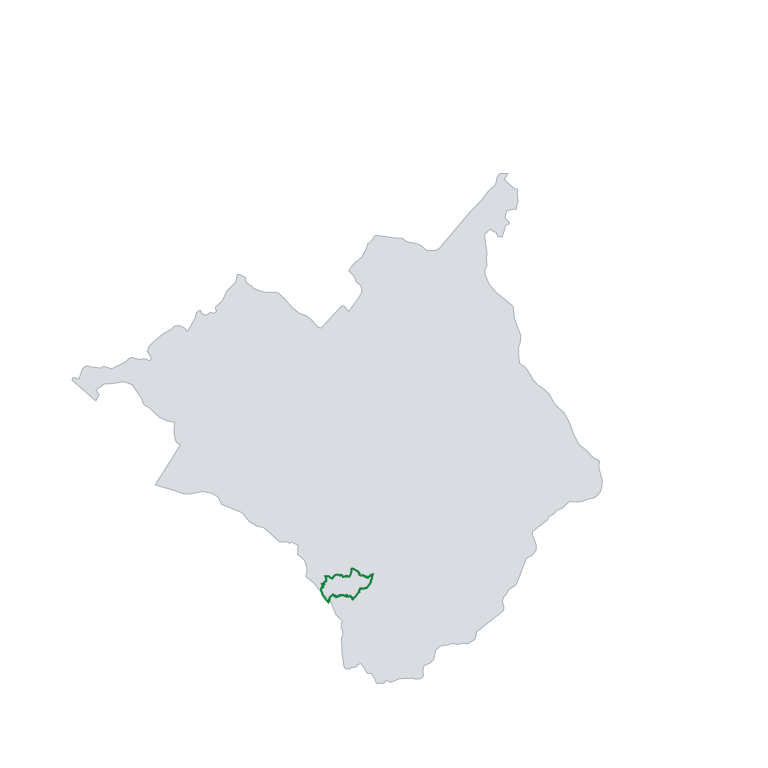 Lubero, Nord-Kivu, Democratic Republic of the Congo shown in context, rotated 131°
{"feature_id": "63176286B45916106821058", "entity_name": "Lubero", "entity_type": "district", "adm_level": 2, "iso_a3": "COD", "parent_name": "Democratic Republic of the Congo", "parent_adm1": "Nord-Kivu", "projection": "orthographic", "projection_center": [28.988, -0.062], "detail": "fine", "context": "in_parent", "style": "outline", "palette": "green", "viewbox_px": 768, "rotation_deg": 131, "n_neighbors": 0, "source": "geoboundaries", "source_scale": "gbopen_adm2", "svg_char_len": 8832}
<svg xmlns="http://www.w3.org/2000/svg" viewBox="0 0 768 768"><g transform="rotate(131 384 384)"><path d="M610.3,490.4L563.3,497.8L564.2,500.5L563.8,503.3L562.6,505.4L557.8,511.2L550.7,516.6L550.7,517.8L554.3,523.8L556.5,531.9L556.0,546.2L557.0,550.0L556.8,553.0L554.4,556.4L549.7,573.5L552.9,581.8L562.1,589.5L567.5,595.2L576.6,597.3L578.0,597.0L578.6,592.2L585.8,590.4L585.7,620.7L585.2,622.5L583.9,622.8L582.1,621.9L581.6,619.0L579.7,617.7L570.9,621.5L568.7,621.4L566.2,620.7L564.4,619.2L563.9,616.9L557.7,608.1L554.7,607.4L551.2,599.5L537.3,593.6L531.9,593.2L529.1,591.4L526.4,585.1L521.7,581.1L520.6,576.6L519.7,575.9L516.8,576.9L514.5,584.0L511.3,585.6L505.6,585.8L491.3,583.7L481.1,580.1L478.4,580.3L474.3,577.0L472.5,571.6L473.4,567.3L472.6,566.7L457.1,570.2L453.4,572.4L449.9,571.9L448.8,570.7L450.3,567.8L449.5,564.6L448.3,563.2L443.7,562.0L442.2,558.6L439.3,558.1L438.4,558.6L437.8,560.9L436.1,561.7L426.8,560.6L417.1,563.6L404.2,562.8L398.2,566.4L397.3,566.3L395.9,564.4L394.6,558.7L395.2,557.1L397.1,555.9L397.7,553.6L396.9,547.6L397.4,546.2L396.6,542.7L394.6,537.2L391.8,532.7L385.8,525.9L384.7,522.7L384.9,515.1L386.6,503.1L386.2,494.2L383.7,488.4L383.1,482.1L384.4,470.8L382.9,468.1L353.3,467.2L352.0,466.3L351.4,464.8L352.7,458.1L334.7,459.8L329.3,461.1L326.1,463.8L325.0,467.2L325.0,472.1L322.4,476.8L321.8,484.7L316.9,485.6L312.0,485.6L302.4,483.9L293.2,486.2L288.7,488.3L286.3,487.3L278.0,488.1L276.9,487.5L267.0,471.9L262.6,466.7L261.7,464.1L262.0,461.7L260.8,458.5L256.2,450.4L255.2,446.7L255.3,440.8L254.8,438.9L250.7,433.8L248.0,432.1L245.1,431.2L197.6,431.9L182.0,431.0L170.6,431.7L164.9,431.2L163.3,430.5L158.1,431.6L155.4,433.7L151.4,434.8L148.9,434.3L143.9,428.5L150.5,427.5L150.9,426.9L151.0,413.0L149.2,411.0L152.7,408.6L158.3,402.5L163.8,400.3L164.5,399.0L165.7,399.1L167.8,401.7L172.7,405.0L178.7,402.1L179.3,401.2L179.9,395.2L181.4,394.7L184.0,396.0L185.5,396.0L188.1,394.3L195.7,391.3L198.0,395.1L196.0,398.6L197.0,401.0L197.3,404.9L198.5,405.7L204.6,406.1L206.4,405.2L218.2,391.5L221.4,389.9L226.4,384.4L233.1,381.9L236.0,377.6L239.8,369.9L241.4,358.8L240.6,339.6L241.1,337.0L249.2,328.3L257.6,312.6L263.3,308.4L267.6,306.8L274.2,301.0L279.5,295.2L278.7,288.3L280.0,282.5L282.8,275.1L283.8,267.4L282.8,259.2L283.3,252.5L287.2,241.8L287.6,229.5L291.2,219.3L298.4,206.2L301.8,196.5L301.2,186.9L302.3,179.9L302.0,175.7L300.7,172.1L301.4,169.8L304.1,168.9L307.4,165.3L313.5,155.9L320.0,151.3L324.5,149.9L329.1,150.0L332.2,150.9L337.1,154.5L342.7,157.5L346.8,161.2L350.9,166.9L361.0,168.1L365.3,170.2L367.9,171.0L368.9,170.4L370.9,170.7L375.7,172.4L379.5,171.5L398.1,175.2L400.2,173.4L405.5,163.6L409.5,160.2L415.8,159.8L420.8,161.7L423.5,161.7L446.5,153.3L449.5,152.9L457.9,154.9L463.3,153.6L465.5,154.0L470.2,152.5L474.1,146.6L477.3,145.2L510.3,151.5L515.4,148.4L517.8,148.1L525.1,150.3L527.4,153.9L531.8,157.1L534.9,162.2L539.8,165.1L542.3,167.8L545.2,169.7L551.3,170.4L558.9,165.8L564.3,166.2L569.8,168.7L571.6,168.7L575.7,165.9L577.9,163.0L580.0,162.4L583.2,163.7L585.8,166.4L588.1,170.3L596.4,179.1L604.5,182.9L606.5,188.3L609.4,187.8L610.8,188.3L612.9,191.7L614.4,192.4L614.7,193.8L612.7,197.0L610.8,203.2L613.3,207.0L611.2,212.5L610.2,218.2L612.8,219.6L616.1,219.5L619.2,222.5L621.6,222.9L624.1,226.1L623.6,228.7L615.7,238.0L603.8,249.4L599.7,250.7L597.7,252.8L596.2,256.2L592.7,259.0L590.1,260.1L589.8,268.3L585.8,276.8L584.3,278.6L582.1,292.4L582.5,294.8L580.3,306.2L580.7,316.7L574.9,320.0L570.9,325.2L569.2,328.8L569.3,337.4L562.7,342.6L562.2,343.8L563.9,349.8L566.3,350.8L566.3,352.8L571.6,359.3L571.3,379.3L571.6,381.3L574.4,386.0L576.2,395.0L574.2,406.5L581.4,427.6L578.1,435.3L579.7,442.6L584.0,450.4L594.0,457.9L596.7,461.1L599.3,465.3L601.6,471.8L610.3,490.4Z" fill="#d9dde1" stroke="#a8b0b8" stroke-width="1"/><path d="M544.0,287.0L544.4,287.2L544.6,287.1L544.9,287.3L545.2,287.2L545.4,287.1L545.7,286.4L545.8,286.3L546.6,285.8L547.2,285.7L547.6,285.1L548.2,285.1L548.9,284.7L549.2,284.4L549.5,284.3L549.8,284.3L550.8,284.0L551.8,283.9L552.0,283.7L552.4,284.1L552.5,284.6L552.8,285.1L553.0,285.4L553.2,285.6L553.1,285.8L553.4,285.9L553.5,286.1L553.7,285.7L553.9,285.7L554.0,285.8L553.9,286.0L553.8,286.5L553.7,286.8L553.8,286.9L554.0,286.8L554.5,287.1L554.8,287.1L555.6,287.7L556.2,288.0L556.2,288.3L556.4,288.3L556.6,288.4L555.8,290.1L555.8,290.3L556.1,290.8L556.2,291.1L556.5,291.3L557.0,291.2L557.3,291.3L557.5,291.4L557.6,291.5L557.7,291.9L557.6,292.3L557.4,292.6L557.4,292.8L557.7,293.2L558.2,293.6L558.8,294.5L559.2,294.9L559.7,295.1L560.2,295.6L560.8,295.6L561.2,295.6L561.6,295.5L561.9,295.6L562.1,295.8L562.5,295.8L562.6,295.6L563.3,295.6L563.8,295.4L564.1,295.4L564.3,295.4L564.8,295.5L565.0,295.9L564.9,296.1L565.3,296.9L565.5,297.8L565.5,298.4L565.4,298.9L565.3,299.0L565.3,299.3L565.5,299.9L566.0,300.6L566.4,300.7L566.9,300.7L567.0,300.8L567.3,302.0L567.6,302.2L567.7,301.9L567.9,301.5L568.1,301.2L568.5,300.8L568.9,300.1L568.9,299.9L569.2,299.4L569.6,299.4L570.0,299.2L570.6,298.6L570.6,298.2L570.8,298.1L571.0,298.2L571.4,298.6L571.8,298.9L572.0,299.1L573.3,298.9L574.2,298.3L574.4,298.1L574.3,297.6L574.5,297.6L574.7,297.8L575.1,297.9L575.5,297.9L575.4,298.2L575.2,298.5L575.2,298.8L575.3,298.7L575.3,298.8L575.2,298.9L575.2,299.0L575.3,299.1L575.6,298.6L575.9,298.5L576.0,298.8L576.2,298.3L576.3,298.3L576.3,298.2L576.6,297.9L576.7,297.7L577.1,297.4L576.9,296.9L577.2,296.7L577.3,296.5L577.5,296.6L577.8,296.9L578.0,296.9L578.0,297.0L577.9,297.1L578.1,297.1L578.2,297.3L578.2,297.5L578.4,297.7L579.4,297.1L579.1,296.9L579.6,297.0L580.1,297.0L580.5,296.7L580.9,296.1L581.1,295.9L581.3,295.6L581.6,295.2L581.6,294.8L581.8,294.2L581.9,293.9L582.0,293.9L582.4,293.5L582.5,293.1L582.4,293.1L582.6,293.0L582.7,292.9L582.8,292.9L582.9,292.7L583.3,292.5L585.0,285.3L584.9,283.9L585.1,283.6L585.3,283.1L585.3,282.9L585.1,283.0L584.9,283.0L584.5,283.0L584.3,283.0L584.0,282.9L583.9,282.8L583.7,282.9L584.0,283.0L583.7,283.0L583.4,283.8L583.2,283.9L582.7,284.1L582.4,284.4L581.5,284.6L581.1,284.7L580.3,284.9L579.7,285.0L579.4,284.8L578.2,284.7L577.6,284.4L577.3,284.4L576.9,284.4L576.4,284.6L576.2,283.9L576.2,283.5L576.3,283.4L576.5,283.2L576.6,282.7L576.5,282.1L576.4,282.0L576.1,282.0L575.8,282.3L575.7,282.2L575.4,281.8L575.5,281.3L575.7,281.2L575.7,280.5L575.6,280.0L575.7,279.9L575.9,279.9L575.6,279.6L575.3,279.3L573.7,279.6L573.5,279.4L573.4,279.3L573.4,279.1L573.0,278.6L572.9,278.3L572.7,278.4L572.6,278.6L572.4,278.9L572.2,278.9L571.8,278.4L571.3,278.1L571.1,277.0L570.1,276.5L569.8,276.2L569.7,276.0L569.9,275.2L569.7,275.0L569.6,274.8L569.7,274.5L569.7,274.3L569.3,274.0L569.0,273.9L568.8,274.1L568.2,274.1L567.5,273.8L567.4,273.7L567.5,273.4L568.0,273.3L568.3,273.2L568.9,272.7L568.4,272.4L568.2,272.1L568.0,271.4L567.9,271.2L566.2,270.8L566.0,270.6L566.0,270.4L565.9,270.3L566.0,270.2L566.3,269.5L566.5,269.4L566.6,269.2L566.4,268.8L566.2,268.7L566.1,268.3L566.3,267.9L566.5,267.7L566.8,267.4L566.8,267.2L567.1,266.9L567.1,266.5L567.2,266.4L567.4,266.1L567.3,265.9L567.5,265.7L567.1,266.0L566.3,266.1L566.0,266.7L565.7,266.7L565.2,266.7L564.2,266.2L563.4,266.0L560.9,266.3L557.9,266.5L557.5,266.5L557.2,266.2L557.1,266.4L556.9,266.6L556.8,266.8L556.6,266.9L556.6,267.1L556.0,267.1L555.9,267.1L555.8,267.3L555.4,267.3L555.1,267.6L554.5,267.8L554.5,267.7L554.5,267.2L554.2,267.1L553.8,267.2L553.7,267.1L553.4,267.4L553.0,267.1L553.1,266.9L553.2,266.6L552.8,266.3L552.6,266.1L552.5,265.9L552.0,265.6L551.7,265.2L551.4,264.8L551.1,264.8L551.0,264.6L550.8,264.4L550.6,264.4L550.3,264.3L550.3,264.1L550.0,264.1L549.9,263.7L549.4,263.5L548.9,263.2L546.9,263.4L546.6,263.5L544.3,263.5L542.7,263.9L542.2,263.7L542.0,263.8L542.0,264.1L541.8,264.1L541.4,264.4L541.4,264.7L541.0,264.9L540.7,264.8L540.3,265.2L540.1,265.4L539.7,265.4L539.5,265.2L539.1,265.2L538.8,265.4L538.3,265.8L537.5,266.7L536.6,266.8L535.0,267.5L535.4,267.8L535.6,267.8L535.9,268.2L536.1,268.3L536.2,268.5L536.5,268.6L536.8,268.6L537.2,268.8L537.5,268.7L537.8,268.8L538.0,268.8L538.1,268.7L538.6,268.8L538.8,268.8L539.1,268.8L539.2,269.0L539.8,269.0L540.4,269.0L540.6,269.3L540.9,269.2L541.0,269.6L540.9,269.9L541.1,269.9L541.2,270.0L541.5,270.1L541.6,270.5L541.4,270.6L541.1,270.8L541.4,271.0L541.3,271.3L541.6,271.3L541.8,271.5L541.7,272.4L541.9,272.6L541.7,272.8L541.7,273.2L541.9,273.8L542.0,273.9L542.0,274.2L542.0,274.3L542.2,274.5L542.4,274.8L542.5,274.8L542.9,275.1L543.0,275.2L543.3,275.1L543.7,275.5L543.5,276.2L543.3,276.3L543.6,276.3L543.8,276.4L544.2,277.2L544.2,277.4L543.8,277.6L543.8,277.8L543.6,277.8L543.6,278.1L542.9,278.4L542.9,278.5L543.0,278.7L542.8,279.1L543.0,279.3L543.0,279.5L542.8,280.0L542.9,280.3L542.7,280.5L542.8,280.6L542.9,280.8L542.8,281.0L542.6,281.2L542.9,281.8L542.9,282.1L542.9,282.4L543.0,282.6L543.1,283.2L543.2,283.6L543.2,284.0L543.3,284.5L543.3,285.1L543.5,285.5L543.6,285.9L543.8,286.2L544.0,287.0Z" fill="none" stroke="#15803d" stroke-width="2"/></g></svg>